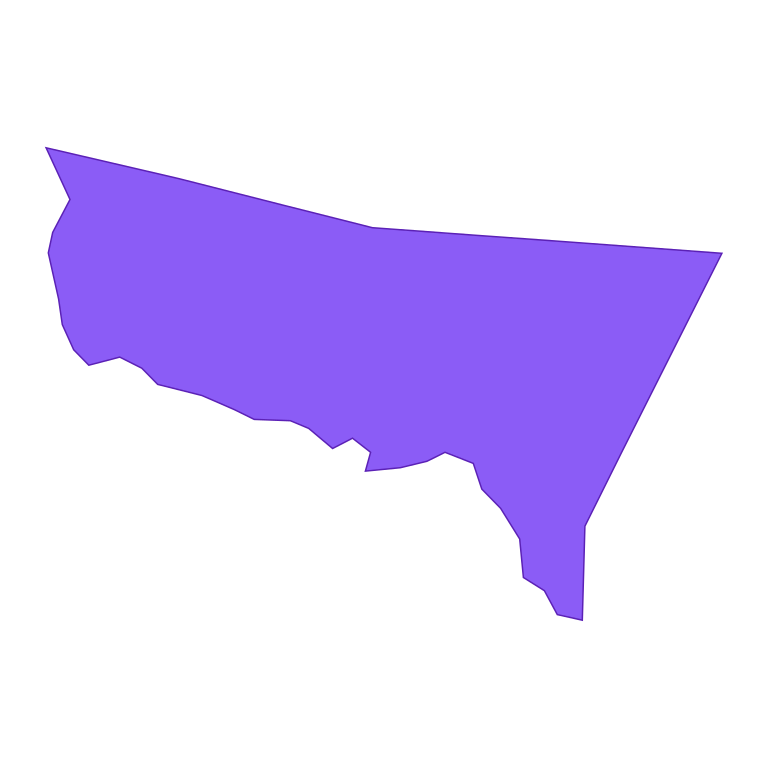 Passa e Fica, Paraíba, Brazil
{"feature_id": "56859067B33665555253781", "entity_name": "Passa e Fica", "entity_type": "district", "adm_level": 2, "iso_a3": "BRA", "parent_name": "Brazil", "parent_adm1": "Paraíba", "projection": "natural_earth1", "projection_center": [-35.625, -6.449], "detail": "fine", "context": "isolated", "style": "filled", "palette": "violet", "viewbox_px": 768, "rotation_deg": 0, "n_neighbors": 0, "source": "geoboundaries", "source_scale": "gbopen_adm2", "svg_char_len": 603}
<svg xmlns="http://www.w3.org/2000/svg" viewBox="0 0 768 768"><path d="M46.1,147.8L70.0,199.5L52.7,232.4L48.3,252.9L58.6,299.0L62.3,324.6L73.7,349.8L88.8,365.2L119.7,357.1L141.8,368.2L157.7,384.4L201.9,395.5L234.3,409.6L254.2,419.4L290.3,420.7L308.7,428.4L332.6,448.5L352.5,438.2L370.6,452.3L365.4,471.1L400.4,467.7L426.9,461.3L445.0,452.3L473.3,463.4L481.8,489.1L500.6,508.3L519.7,539.0L523.4,577.5L544.4,590.7L557.3,614.6L582.3,620.2L584.9,526.2L621.0,453.6L721.9,253.3L559.5,241.3L477.4,235.4L372.4,227.7L282.5,205.0L178.7,178.6L46.1,147.8Z" fill="#8b5cf6" stroke="#5b21b6" stroke-width="1.5"/></svg>